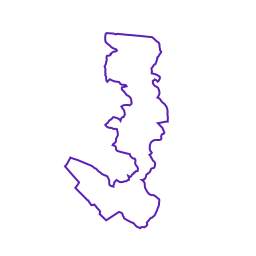 Emgwen, Rift Valley, Kenya, rotated 302°
{"feature_id": "3690345B72129784812762", "entity_name": "Emgwen", "entity_type": "district", "adm_level": 2, "iso_a3": "KEN", "parent_name": "Kenya", "parent_adm1": "Rift Valley", "projection": "equal_earth", "projection_center": [35.105, 0.189], "detail": "fine", "context": "isolated", "style": "outline", "palette": "violet", "viewbox_px": 256, "rotation_deg": 302, "n_neighbors": 0, "source": "geoboundaries", "source_scale": "gbopen_adm2", "svg_char_len": 5918}
<svg xmlns="http://www.w3.org/2000/svg" viewBox="0 0 256 256"><g transform="rotate(302 128 128)"><path d="M143.3,161.3L146.3,157.2L147.9,150.8L153.4,156.7L154.5,158.3L155.0,157.9L156.0,157.3L156.6,157.1L157.2,156.7L157.7,156.5L158.1,156.3L158.6,155.8L159.1,155.3L159.6,155.0L159.9,154.7L160.2,154.4L160.6,154.1L160.9,153.9L161.8,153.6L162.7,152.9L163.6,152.4L164.0,152.0L164.6,151.5L165.1,151.0L165.5,150.4L165.8,150.1L166.2,149.7L166.5,149.1L166.8,148.6L167.0,147.9L167.3,147.3L167.6,146.7L167.7,146.0L167.8,145.2L167.9,144.4L168.0,143.6L168.4,142.1L169.1,140.7L169.4,140.0L169.6,139.1L169.6,138.5L169.6,137.8L169.4,136.9L170.7,136.9L172.2,136.8L173.5,136.5L173.9,136.4L174.3,136.2L175.2,135.5L175.6,135.2L176.9,133.7L177.5,132.9L177.9,132.4L178.1,131.1L178.1,130.5L178.1,130.0L177.9,128.7L178.0,128.1L178.4,126.7L179.2,125.4L181.1,124.1L181.6,124.3L182.0,124.6L182.3,124.8L182.7,124.9L183.3,124.9L183.5,125.8L183.5,126.4L183.3,128.1L183.1,128.7L183.6,128.9L185.8,128.9L186.7,128.8L187.4,128.4L187.8,128.2L188.3,127.8L188.4,127.1L188.3,126.6L188.4,126.0L188.4,125.3L188.4,124.8L188.1,122.9L188.0,122.2L187.8,121.6L187.3,120.4L187.1,119.8L186.9,119.2L187.5,118.8L188.2,118.5L188.8,118.2L189.3,117.8L190.3,116.8L191.0,116.3L191.4,116.3L191.9,116.4L192.3,116.4L192.7,116.6L193.3,116.6L193.8,116.6L194.3,116.5L194.8,116.5L195.2,116.7L195.8,116.8L196.7,117.4L197.2,117.1L197.8,117.2L198.5,117.1L200.0,116.7L201.3,116.4L202.0,116.2L202.5,116.0L203.3,115.4L204.1,115.7L204.6,115.8L205.0,115.9L207.2,115.8L207.7,115.8L209.3,116.0L210.4,115.6L210.6,115.0L210.7,114.3L211.1,113.8L211.6,113.5L212.3,113.0L212.7,112.5L213.7,111.6L214.8,110.9L215.3,110.6L215.8,110.0L216.3,109.5L216.6,108.9L216.7,108.0L216.7,107.3L216.7,106.6L216.8,105.9L216.9,105.1L217.3,103.9L217.4,103.3L217.5,102.4L217.8,100.3L217.2,99.0L216.9,98.5L216.4,97.4L215.2,95.1L215.0,94.6L213.1,90.7L211.7,87.8L210.8,86.3L210.3,85.1L208.2,81.0L206.6,77.9L204.5,73.7L204.0,72.5L203.7,72.1L202.1,68.9L200.9,68.0L200.6,66.3L200.4,65.7L200.1,65.1L197.1,59.5L196.0,59.2L194.8,59.7L193.5,60.2L191.1,61.7L189.2,63.2L188.7,65.3L188.4,67.3L188.3,68.9L187.8,70.5L187.7,72.8L188.1,74.8L188.4,76.2L187.8,77.6L187.3,77.4L186.2,76.8L185.2,75.5L183.9,74.7L181.6,73.9L181.3,74.5L180.0,74.1L179.6,73.8L178.9,73.0L178.0,71.9L176.6,72.2L175.4,73.2L174.0,74.2L172.1,74.5L171.0,75.3L167.8,75.5L166.8,76.8L165.7,77.8L164.3,78.6L163.1,79.2L162.2,80.3L161.1,80.4L159.5,82.6L157.9,83.6L156.7,84.6L156.2,85.9L157.6,86.3L158.8,86.5L159.6,86.7L159.8,87.9L159.9,89.3L160.1,90.7L160.7,92.7L161.6,94.5L162.3,96.3L161.4,97.9L161.4,99.7L163.2,103.3L162.6,104.7L159.1,101.3L157.9,102.0L157.2,102.9L157.0,104.8L155.3,109.2L155.4,112.3L154.8,114.4L153.6,115.7L152.1,117.1L150.6,118.1L149.6,117.9L148.1,117.4L147.6,116.0L146.9,114.7L146.0,113.4L145.0,112.3L143.9,111.5L142.7,111.0L141.7,113.2L140.8,115.5L137.8,118.2L136.2,118.3L135.0,118.5L133.9,117.4L132.7,117.2L131.5,117.5L130.1,117.8L130.9,116.2L130.7,114.7L130.6,113.2L129.5,109.8L128.6,109.5L127.1,109.4L125.7,108.8L124.5,108.1L123.4,108.1L121.7,108.1L120.2,107.4L119.0,107.2L118.6,107.1L117.9,109.0L118.0,110.6L118.2,112.0L119.3,113.9L119.6,116.4L120.7,117.9L121.1,119.3L120.8,119.6L118.8,121.5L118.0,122.2L117.7,122.4L116.6,123.2L115.1,123.4L113.9,123.4L112.6,123.6L110.1,124.9L109.0,124.9L108.4,124.7L107.3,124.2L106.7,124.0L105.3,124.1L105.9,125.9L105.6,127.2L104.9,128.3L103.4,129.3L102.9,131.0L103.4,133.0L103.9,134.8L104.5,136.4L105.1,138.5L106.8,143.3L105.4,145.1L104.9,147.0L104.9,148.6L105.6,149.9L104.8,151.3L103.0,152.3L101.6,152.9L100.4,155.0L99.9,156.8L98.7,158.0L96.6,159.0L95.3,157.4L94.1,157.5L93.3,156.7L92.2,156.9L90.7,156.1L89.1,156.3L87.6,155.8L87.5,153.6L86.6,154.8L85.6,155.5L84.6,156.3L83.5,155.3L82.0,154.7L80.9,153.3L79.7,152.4L78.6,151.2L77.8,149.5L77.8,147.4L77.8,145.8L75.9,145.4L74.3,145.2L73.1,145.9L71.4,146.0L70.6,146.7L69.9,144.4L69.8,142.8L70.2,142.2L71.1,141.4L72.2,140.7L73.2,140.2L74.4,138.8L75.6,136.8L76.1,134.9L75.5,133.5L75.4,131.7L75.1,130.2L75.6,128.9L75.6,126.1L76.5,122.7L76.6,122.0L76.2,120.9L76.6,118.8L76.6,117.9L76.6,117.1L76.4,115.6L76.1,113.9L75.7,111.6L75.4,109.8L75.1,108.0L74.4,103.8L74.2,102.5L73.9,101.1L73.4,99.4L73.0,97.7L72.5,95.6L72.4,94.8L70.7,95.0L70.1,95.0L66.1,95.3L64.5,95.3L64.1,95.3L62.1,94.9L58.1,107.9L56.0,115.2L54.9,115.4L54.3,115.4L51.6,115.3L49.3,115.1L48.3,119.1L48.1,120.3L47.7,121.0L47.8,121.5L47.1,124.5L45.4,131.4L45.3,132.1L45.5,132.7L44.9,133.7L44.7,134.1L43.6,136.8L43.4,137.4L43.2,137.9L43.6,138.2L43.9,138.9L44.3,139.4L45.2,139.9L45.1,140.8L44.6,142.1L44.1,143.4L43.9,144.0L43.7,144.6L43.3,146.2L43.2,146.7L43.0,147.2L42.3,148.7L41.9,148.8L41.0,149.2L40.6,149.5L39.8,149.7L39.8,150.4L39.7,151.1L38.8,155.3L38.2,158.4L52.0,164.8L52.6,167.0L52.3,168.7L50.9,170.1L50.2,171.6L49.3,172.6L49.5,177.5L49.8,181.0L50.3,183.1L49.4,185.6L49.0,187.8L49.3,189.7L49.5,191.5L50.6,191.6L51.1,192.1L51.6,192.6L52.1,193.6L52.4,194.4L53.4,194.9L53.9,195.3L54.4,195.4L56.1,195.6L57.8,194.1L60.2,194.5L61.9,194.7L62.9,194.9L63.3,195.0L63.8,195.0L64.8,195.9L66.2,196.3L67.5,196.8L69.6,196.8L71.1,196.4L73.3,196.4L74.7,195.9L76.0,195.7L77.3,195.5L78.8,195.1L79.3,194.9L80.4,194.3L80.9,194.0L82.8,193.2L84.0,192.3L84.2,190.6L84.5,188.8L84.7,186.9L84.6,185.2L83.4,183.2L83.2,180.7L83.8,178.9L84.6,177.2L85.5,175.7L86.5,174.0L88.0,172.7L89.6,171.8L90.5,170.6L91.0,169.6L91.3,167.2L92.5,168.7L94.3,169.3L95.8,169.1L97.0,168.7L98.2,168.3L100.0,169.1L102.2,169.8L104.2,169.6L105.7,169.2L106.8,170.0L107.8,171.1L109.4,171.1L111.2,170.4L112.5,169.7L113.4,168.1L113.6,166.4L114.3,165.2L115.1,163.7L115.5,162.9L116.2,161.7L116.7,160.4L117.7,161.0L118.4,161.2L119.6,161.3L120.3,159.8L120.6,158.8L121.6,157.6L122.1,157.4L123.0,156.8L125.3,155.5L126.3,155.4L127.4,155.2L128.5,155.2L128.8,155.3L130.6,156.0L131.1,156.3L132.1,157.3L133.1,158.7L134.2,160.6L135.6,162.0L136.8,161.9L138.1,160.7L139.6,160.2L141.0,160.2L142.0,161.3L143.3,161.3Z" fill="none" stroke="#5b21b6" stroke-width="2"/></g></svg>